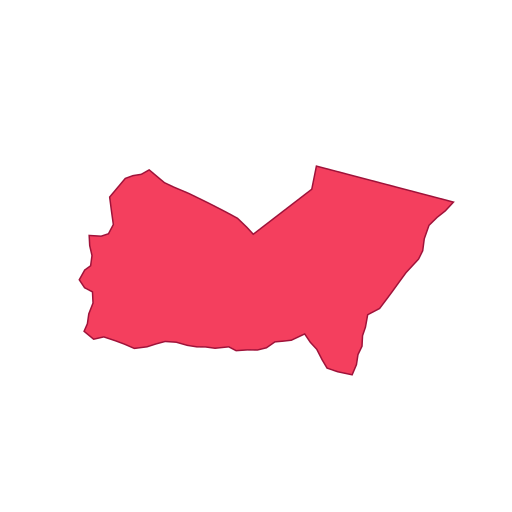 Capim, Paraíba, Brazil, rotated 310°
{"feature_id": "56859067B86894416184163", "entity_name": "Capim", "entity_type": "district", "adm_level": 2, "iso_a3": "BRA", "parent_name": "Brazil", "parent_adm1": "Paraíba", "projection": "natural_earth1", "projection_center": [-35.178, -6.899], "detail": "fine", "context": "isolated", "style": "filled", "palette": "rose", "viewbox_px": 512, "rotation_deg": 310, "n_neighbors": 0, "source": "geoboundaries", "source_scale": "gbopen_adm2", "svg_char_len": 1127}
<svg xmlns="http://www.w3.org/2000/svg" viewBox="0 0 512 512"><g transform="rotate(310 256 256)"><path d="M253.3,118.8L244.8,115.6L238.5,110.1L231.4,106.0L219.8,106.0L207.1,106.0L197.8,116.1L188.4,126.5L178.2,128.7L171.6,124.6L164.5,115.0L157.1,121.9L150.9,130.1L142.2,135.6L135.2,133.8L124.2,135.9L121.5,145.1L123.4,153.8L115.2,161.4L104.2,165.1L95.7,170.4L87.8,172.7L87.9,185.1L96.2,191.4L100.7,202.8L103.9,211.8L107.0,222.2L116.4,230.9L124.2,235.8L132.1,241.3L138.7,250.3L143.4,260.8L148.4,269.1L153.9,275.8L159.0,283.9L168.9,293.5L170.7,301.6L178.6,309.8L184.9,317.5L192.4,323.0L202.4,325.7L207.9,331.2L214.2,337.2L227.6,343.4L224.8,353.1L223.6,362.5L219.0,373.4L215.8,382.5L219.8,392.9L226.8,406.0L237.3,402.8L246.0,397.5L255.0,395.2L263.5,388.8L271.8,385.6L282.8,379.3L295.3,384.4L305.0,383.9L315.5,383.3L326.5,382.5L339.8,381.6L349.7,382.1L358.2,382.5L367.2,380.3L377.4,373.8L390.7,368.8L402.1,369.9L412.2,372.0L424.2,372.6L363.7,244.5L343.0,255.8L270.9,239.9L272.1,230.5L273.0,217.6L270.3,204.5L266.0,185.6L260.8,164.6L255.8,148.3L253.3,138.7L253.3,118.8Z" fill="#f43f5e" stroke="#9f1239" stroke-width="1.5"/></g></svg>